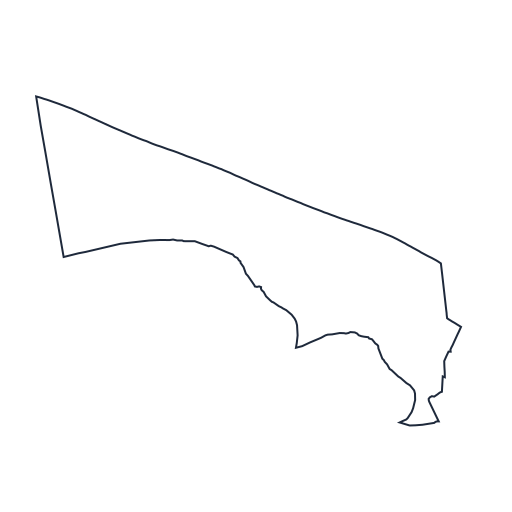 Mostardas, Rio Grande do Sul, Brazil (Albers equal-area conic projection), rotated 260°
{"feature_id": "56859067B36086457768432", "entity_name": "Mostardas", "entity_type": "district", "adm_level": 2, "iso_a3": "BRA", "parent_name": "Brazil", "parent_adm1": "Rio Grande do Sul", "projection": "albers", "projection_center": [-50.76, -30.853], "detail": "fine", "context": "isolated", "style": "outline", "palette": "slate", "viewbox_px": 512, "rotation_deg": 260, "n_neighbors": 0, "source": "geoboundaries", "source_scale": "gbopen_adm2", "svg_char_len": 3932}
<svg xmlns="http://www.w3.org/2000/svg" viewBox="0 0 512 512"><g transform="rotate(260 256 256)"><path d="M451.3,67.2L421.5,66.6L398.8,66.6L395.3,66.6L364.2,66.5L334.3,66.5L288.4,66.4L289.5,81.6L289.6,88.9L291.6,124.6L290.3,145.7L289.8,153.8L288.4,164.6L286.7,173.6L286.6,177.2L285.0,181.0L284.1,186.0L283.2,187.3L282.5,190.8L281.2,198.3L277.2,205.1L274.8,209.4L273.8,211.1L274.0,213.3L272.5,216.3L265.2,227.3L263.1,230.7L261.5,233.4L259.1,234.8L257.2,237.4L254.7,238.4L253.4,239.7L251.9,239.6L247.3,241.8L240.3,243.0L237.8,244.6L227.5,249.3L226.2,249.6L225.4,251.6L225.5,253.8L224.5,255.6L222.9,255.2L221.3,255.7L219.3,257.3L214.5,258.9L209.7,262.4L208.0,263.8L207.3,265.1L202.6,269.8L201.0,272.1L199.8,273.3L197.4,276.4L192.0,280.9L187.6,283.2L184.5,284.1L180.7,284.4L170.6,283.2L163.1,281.0L158.7,279.4L159.2,285.8L161.5,294.2L163.6,303.5L164.2,306.0L165.8,310.6L166.1,313.0L165.6,317.3L165.6,325.1L164.7,329.3L164.0,331.1L164.1,333.7L164.7,335.7L163.6,340.0L162.1,342.1L160.1,343.4L158.8,345.7L157.8,348.3L157.0,350.9L156.5,352.5L155.1,353.1L153.9,355.7L152.4,356.6L149.2,358.3L147.5,360.0L146.2,360.7L143.7,360.5L139.1,361.4L132.9,362.6L131.3,363.8L129.4,364.4L126.5,366.3L121.5,368.0L120.0,369.7L112.6,375.2L110.8,377.2L104.8,382.0L101.9,385.2L96.2,388.4L92.9,388.7L86.5,387.7L78.8,384.3L75.2,382.1L70.0,377.2L68.9,375.6L68.0,371.8L67.1,368.6L62.4,377.9L61.6,383.5L60.9,390.6L60.7,402.5L61.5,404.0L61.7,405.5L61.4,407.2L82.0,401.4L83.5,401.1L85.3,401.2L86.6,402.6L87.4,404.8L86.6,407.1L87.6,409.3L88.3,410.9L89.0,412.1L89.8,413.9L90.0,415.5L105.0,419.0L103.8,420.9L109.0,421.7L114.2,422.3L119.8,423.1L124.3,426.1L128.4,429.0L128.0,431.1L130.0,431.2L131.8,432.4L134.4,434.4L136.8,436.0L138.8,437.4L141.7,439.4L144.3,441.2L146.2,442.6L148.4,444.1L150.6,445.6L152.1,443.9L153.5,442.3L154.9,440.8L156.2,439.3L157.5,437.7L158.9,436.2L160.1,434.8L161.5,433.4L163.3,433.5L165.1,433.6L166.8,433.8L169.0,433.9L206.3,436.2L208.1,436.3L216.6,436.8L218.9,434.4L220.5,432.6L222.0,430.7L223.6,428.7L225.4,426.2L226.6,424.6L228.8,421.8L231.0,419.0L232.5,417.4L233.9,415.6L235.6,413.5L237.0,411.7L238.3,410.2L239.7,408.3L241.0,406.7L242.6,404.9L243.8,403.3L245.4,401.3L246.8,399.5L248.3,397.6L249.5,395.9L251.0,393.9L252.7,391.3L254.3,388.7L255.6,386.7L257.2,384.2L258.5,382.0L260.2,378.9L261.4,376.8L262.4,375.2L263.3,373.4L264.3,371.6L265.5,369.4L266.7,367.2L268.5,364.2L269.4,362.5L270.5,360.5L271.5,358.5L272.6,356.5L273.4,355.0L274.3,353.5L275.3,351.5L276.4,349.6L277.5,347.5L278.8,345.2L280.3,342.6L281.7,340.3L283.1,337.8L284.3,335.8L285.6,333.7L287.1,330.8L288.7,328.4L290.2,325.9L292.4,322.1L293.5,320.2L294.7,318.3L295.6,316.8L296.8,314.8L298.1,312.7L298.9,311.4L300.4,309.3L301.2,307.9L302.0,306.5L302.9,305.1L304.4,302.8L305.5,301.1L306.5,299.3L307.3,298.0L308.1,296.6L309.5,294.5L310.6,293.1L311.8,291.1L313.2,289.0L314.1,287.4L315.2,285.8L316.5,283.8L317.7,282.0L318.5,280.6L319.7,278.9L321.1,276.7L322.5,274.6L323.5,273.0L324.6,271.4L325.7,269.7L327.2,267.2L328.6,265.1L330.6,262.4L331.8,260.7L333.2,258.6L334.4,256.7L336.0,254.4L337.4,252.2L338.6,250.2L340.0,248.2L341.2,246.6L342.5,244.8L343.9,242.5L344.9,240.9L346.3,238.7L347.5,237.1L348.6,235.0L350.4,232.2L351.7,230.0L352.6,228.7L354.1,226.1L355.1,224.4L356.1,222.6L357.3,220.5L358.6,218.3L360.2,215.9L361.3,214.0L362.5,211.9L364.2,209.0L365.2,207.2L366.5,204.9L367.7,203.0L369.0,201.0L369.9,199.4L371.4,197.0L373.7,193.0L376.4,187.9L378.1,185.0L379.5,182.6L380.8,180.3L382.1,177.7L383.6,175.1L384.8,173.1L386.3,170.8L387.4,169.2L388.3,167.8L389.5,165.5L390.8,163.3L392.3,160.8L393.3,159.3L394.8,157.0L396.0,154.9L397.3,153.1L398.7,150.9L407.6,137.2L421.8,116.5L422.9,115.0L424.5,112.9L425.8,110.8L426.8,109.4L428.7,106.5L429.9,104.8L431.7,102.1L433.0,100.2L434.6,97.4L436.1,94.8L437.3,92.9L438.6,90.7L439.8,88.7L441.0,86.6L442.5,83.9L443.8,81.6L445.0,79.5L446.5,76.7L447.5,74.6L448.8,72.3L449.8,70.4L451.3,67.2Z" fill="none" stroke="#1e293b" stroke-width="2"/></g></svg>